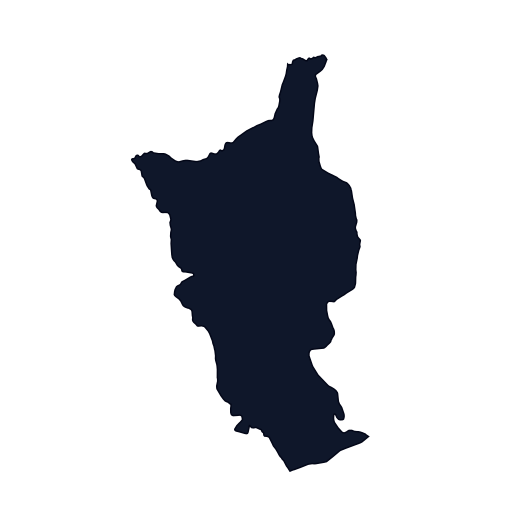 outline of Newala, Mtwara, United Republic of Tanzania, rotated 8°
{"feature_id": "72390352B96178710336492", "entity_name": "Newala", "entity_type": "district", "adm_level": 2, "iso_a3": "TZA", "parent_name": "United Republic of Tanzania", "parent_adm1": "Mtwara", "projection": "albers", "projection_center": [39.269, -10.7], "detail": "fine", "context": "isolated", "style": "filled", "palette": "ink", "viewbox_px": 512, "rotation_deg": 8, "n_neighbors": 0, "source": "geoboundaries", "source_scale": "gbopen_adm2", "svg_char_len": 6094}
<svg xmlns="http://www.w3.org/2000/svg" viewBox="0 0 512 512"><g transform="rotate(8 256 256)"><path d="M260.7,61.7L260.9,64.2L260.6,67.7L260.6,71.2L260.3,73.7L259.0,79.7L258.2,82.8L257.5,90.0L256.9,93.3L256.8,95.3L257.7,97.1L258.0,99.2L257.8,104.0L257.5,105.9L256.6,107.6L255.2,112.4L254.9,116.2L254.5,117.8L253.8,119.0L252.8,119.6L250.3,120.0L249.3,120.3L247.4,121.4L242.4,124.8L238.8,126.8L236.0,129.0L235.0,129.5L229.5,133.4L221.7,140.8L220.1,142.9L217.8,146.6L217.1,147.2L215.5,147.7L214.1,147.6L212.1,147.6L210.9,148.0L210.3,148.9L209.9,150.5L209.8,153.5L209.6,154.7L209.2,155.6L207.8,156.6L207.4,156.6L206.0,156.1L205.6,156.3L205.1,156.9L204.7,158.0L203.9,159.2L202.9,160.4L201.8,160.7L200.5,160.8L197.6,160.3L196.6,160.6L196.2,161.1L195.0,164.5L194.2,165.8L193.3,166.6L190.3,167.9L188.1,169.5L184.7,170.7L183.2,170.9L174.7,170.9L173.1,171.1L170.3,172.0L166.6,173.6L165.2,173.6L163.0,173.2L161.1,172.3L158.3,170.9L156.0,169.2L153.7,168.3L151.9,167.7L150.2,167.6L145.3,168.3L139.9,168.2L138.9,167.4L137.5,167.2L136.7,167.6L134.6,169.3L133.9,169.7L133.1,169.8L131.2,169.9L130.1,171.3L129.2,172.7L128.4,173.5L127.4,173.9L126.6,174.0L125.5,172.9L124.8,172.7L124.0,172.9L123.4,173.4L123.1,174.0L122.5,175.9L122.2,176.1L121.1,176.8L120.0,177.0L119.5,177.6L119.9,178.7L121.0,179.9L122.9,181.2L123.6,181.8L126.3,186.0L127.0,186.3L129.2,186.6L130.0,187.1L130.6,187.9L132.1,192.6L132.5,193.0L133.7,193.7L134.7,194.7L137.9,200.7L138.7,201.9L141.0,204.5L142.2,204.9L142.6,205.5L144.4,210.6L145.0,211.7L145.8,212.7L146.5,213.1L149.5,213.4L150.4,214.4L150.7,215.5L150.3,220.1L150.7,221.0L151.4,221.9L153.4,223.4L154.7,224.9L156.1,225.8L157.3,225.9L160.3,225.4L162.3,225.2L162.9,225.4L163.9,226.1L165.0,227.4L166.4,230.9L166.7,231.8L166.6,232.9L166.2,234.8L166.9,237.5L168.3,240.7L168.6,241.9L168.4,244.5L168.7,248.3L169.2,249.8L169.9,251.4L170.2,255.4L171.8,263.2L172.5,266.4L173.3,269.1L174.4,270.8L175.5,272.0L177.1,273.2L179.5,276.2L181.0,277.3L183.5,278.5L184.3,279.6L184.8,281.1L185.6,281.6L186.4,281.7L188.6,281.5L195.1,281.7L196.0,281.9L196.7,282.2L197.2,284.3L196.9,284.8L195.9,284.9L194.0,286.0L188.8,290.2L187.2,291.3L186.2,292.1L185.2,294.6L184.5,295.3L182.6,296.5L181.6,297.5L180.6,300.5L180.4,302.6L180.5,305.6L181.1,306.4L182.3,307.3L185.8,309.2L187.9,311.1L189.9,314.1L190.8,315.2L192.1,316.0L193.2,316.4L195.7,317.0L196.5,316.9L199.0,317.9L199.9,318.7L200.5,320.0L201.3,323.8L201.8,325.2L202.1,326.3L202.0,327.2L202.2,328.3L202.7,329.3L203.8,330.4L205.8,331.7L207.7,333.4L208.8,333.4L211.8,332.6L214.4,332.9L215.3,333.4L219.2,336.9L220.9,339.2L224.7,346.0L225.6,348.6L226.9,351.0L228.1,354.4L228.8,355.8L228.7,355.9L229.9,360.4L230.2,363.2L230.7,365.0L232.4,368.9L232.9,370.7L233.6,373.8L234.7,382.0L235.1,382.9L235.5,385.3L235.2,390.2L235.6,392.1L235.9,393.0L240.8,399.2L243.6,402.1L245.7,403.8L247.9,404.5L248.2,404.3L250.8,406.0L251.9,406.4L252.2,408.3L252.2,410.6L252.8,414.4L253.3,415.7L253.9,416.6L254.7,417.0L255.6,417.2L259.6,416.4L261.9,415.8L262.9,415.9L263.6,416.1L264.2,416.5L264.6,417.3L265.2,419.1L265.3,419.8L265.1,420.5L263.7,422.7L262.7,423.9L260.7,426.7L259.1,430.4L259.2,431.1L259.7,431.6L260.5,432.0L263.5,432.3L270.0,433.2L271.4,433.2L272.2,432.8L272.6,431.6L273.1,424.8L273.6,424.8L274.2,425.3L274.7,425.9L275.6,426.5L277.4,426.5L279.8,425.7L284.2,427.0L285.4,427.2L286.3,428.8L286.9,429.4L288.0,429.8L288.9,432.5L289.5,433.1L291.9,433.0L293.6,433.3L294.5,433.9L297.9,438.8L299.7,441.6L302.5,444.3L304.9,447.3L306.6,449.7L307.9,451.2L309.3,452.2L310.1,453.3L312.1,454.9L315.5,459.7L317.0,461.2L319.6,464.3L322.2,462.7L323.3,462.3L329.3,459.1L336.6,454.9L340.5,453.7L342.5,453.6L344.0,453.3L351.8,450.8L354.4,449.8L359.9,444.0L365.9,437.3L366.6,436.7L371.8,433.7L385.1,426.5L386.8,425.3L392.5,419.1L389.8,417.8L389.1,417.2L386.2,416.4L383.6,415.9L381.9,415.8L379.7,416.0L377.5,416.0L375.2,415.4L372.4,415.8L371.4,416.5L370.4,417.5L368.5,418.8L367.4,419.0L366.3,418.8L365.4,418.3L361.2,414.8L356.8,409.9L356.2,408.7L355.5,406.7L355.2,404.7L355.1,402.2L355.5,401.6L356.4,401.6L357.3,402.5L358.6,404.6L360.5,406.2L362.1,406.5L364.2,406.1L365.1,405.6L365.4,405.2L365.6,403.1L365.5,402.3L365.3,401.1L364.8,399.8L361.9,394.1L360.3,392.2L359.2,391.1L357.8,388.6L355.9,380.9L355.5,380.0L353.8,378.2L351.7,376.9L348.9,375.7L346.4,374.9L345.3,374.3L334.0,365.4L327.6,357.7L326.7,356.2L322.3,347.5L322.0,345.2L322.1,343.5L322.7,342.0L323.2,341.3L324.1,340.7L326.1,340.1L335.9,337.7L336.6,337.2L338.0,335.7L338.7,334.6L340.9,331.9L341.8,330.5L342.0,328.8L342.4,327.9L342.7,326.7L344.2,323.4L344.4,322.3L344.1,320.3L343.7,319.0L343.0,317.6L342.2,316.6L340.1,312.6L338.8,310.5L337.2,308.9L336.0,307.2L335.2,305.2L333.5,300.2L332.5,293.7L333.2,292.0L334.3,290.7L337.0,290.4L339.6,290.4L340.2,289.9L341.8,287.7L346.5,283.7L348.7,282.0L350.7,280.0L356.4,275.3L357.8,273.5L358.3,269.6L358.2,268.1L357.6,262.9L357.6,260.9L357.4,258.4L356.7,255.7L356.1,250.4L356.5,243.8L356.4,241.4L356.9,236.1L357.6,232.7L357.6,232.0L357.1,230.6L357.0,229.6L357.2,226.3L356.9,225.6L354.7,223.7L353.8,222.7L352.8,220.0L352.7,218.9L352.4,218.1L351.6,217.1L350.5,214.8L350.3,213.3L351.0,208.4L350.8,206.3L350.1,205.3L348.9,202.2L348.4,199.7L346.0,191.4L343.5,185.3L341.4,178.2L340.7,176.9L340.4,175.8L338.4,173.2L336.4,171.5L335.4,170.9L331.9,170.1L330.5,169.6L326.7,167.9L325.0,166.9L315.7,163.9L309.0,161.0L308.2,160.0L307.1,158.0L305.1,153.5L304.6,150.6L304.7,149.2L303.6,145.9L301.8,139.4L301.5,138.7L297.6,134.1L295.5,131.0L294.6,128.9L293.9,126.1L293.4,121.2L293.5,114.2L292.6,96.5L292.7,91.6L293.6,83.4L293.6,79.0L292.9,76.6L291.2,72.3L289.8,70.0L289.7,68.1L294.1,63.8L295.6,62.0L297.1,58.8L298.3,53.7L298.4,52.4L298.3,51.7L298.7,51.6L297.5,49.9L295.6,48.0L294.3,47.7L293.5,47.8L292.9,48.2L292.7,49.0L291.5,49.3L290.5,49.7L289.6,49.9L287.0,51.6L285.6,51.2L285.2,51.4L284.6,52.3L282.8,53.3L281.4,52.7L281.0,52.7L280.4,53.3L279.8,54.5L279.6,55.3L279.3,55.6L277.7,55.6L274.8,54.3L272.9,54.1L272.0,53.6L271.2,53.8L268.4,55.3L267.3,56.4L266.4,56.6L265.7,57.1L265.2,58.9L265.3,60.3L265.1,61.1L263.0,62.0L262.3,61.8L261.1,62.0L260.7,61.7Z" fill="#0f172a" stroke="#020617" stroke-width="1.5"/></g></svg>